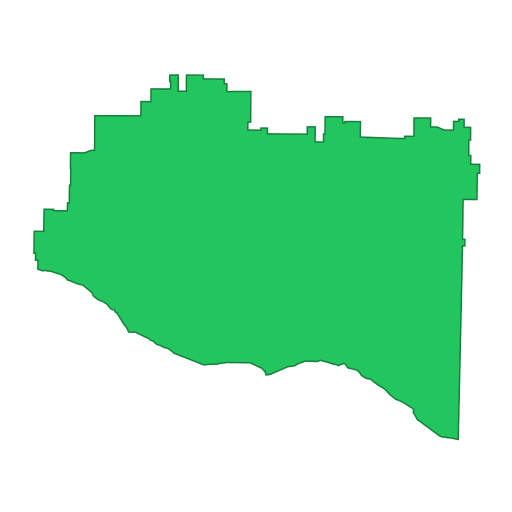 the district of Meekatharra, Western Australia, Australia, rotated 91°
{"feature_id": "25037944B5193502600366", "entity_name": "Meekatharra", "entity_type": "district", "adm_level": 2, "iso_a3": "AUS", "parent_name": "Australia", "parent_adm1": "Western Australia", "projection": "albers", "projection_center": [119.195, -25.303], "detail": "fine", "context": "isolated", "style": "filled", "palette": "green", "viewbox_px": 512, "rotation_deg": 91, "n_neighbors": 0, "source": "geoboundaries", "source_scale": "gbopen_adm2", "svg_char_len": 5793}
<svg xmlns="http://www.w3.org/2000/svg" viewBox="0 0 512 512"><g transform="rotate(91 256 256)"><path d="M115.1,89.6L115.2,100.4L119.2,100.4L124.1,100.3L132.0,100.2L133.6,100.2L133.7,109.3L135.9,109.2L135.9,111.6L136.0,115.1L135.9,120.1L135.4,145.4L135.3,153.8L119.8,153.9L120.0,169.5L121.3,169.5L121.3,171.6L115.3,171.6L115.4,182.4L115.5,189.3L132.8,189.1L132.8,190.6L140.9,190.5L140.9,198.9L125.9,199.1L126.0,207.0L133.3,206.9L133.7,246.7L127.9,246.8L128.0,253.3L128.4,253.3L130.1,253.3L130.2,266.4L122.3,266.5L122.2,263.7L119.3,263.7L117.3,263.8L114.8,263.8L111.9,263.8L109.4,263.8L106.4,263.9L104.5,263.9L102.5,263.9L100.0,264.0L96.1,264.0L93.6,264.0L91.6,264.0L91.8,276.8L91.9,280.1L91.9,281.9L92.2,288.0L90.2,288.1L88.2,288.1L86.3,288.1L84.3,288.2L84.3,290.8L82.0,290.8L79.6,290.8L79.7,294.1L79.7,294.9L79.7,295.0L79.8,300.8L79.8,302.4L79.8,302.8L79.8,304.7L79.8,305.0L79.9,311.7L76.1,311.8L76.3,328.7L77.4,328.7L77.8,328.7L78.3,328.7L92.5,328.5L92.6,336.7L83.3,336.8L76.4,336.9L76.6,345.4L80.0,345.4L83.0,345.3L83.0,344.4L87.7,344.3L90.5,344.3L90.8,363.9L98.6,363.8L103.5,363.7L103.5,368.5L103.6,373.7L110.1,373.7L111.0,373.6L117.9,373.6L118.1,393.0L118.3,403.0L118.4,410.3L118.5,417.2L118.5,419.6L124.7,419.6L132.4,419.5L137.3,419.4L146.1,419.3L148.0,419.3L153.2,419.3L153.2,420.7L153.2,421.6L153.2,422.1L153.3,422.8L153.7,423.9L154.1,425.0L154.4,425.8L155.1,427.2L155.4,428.2L155.9,428.2L156.0,443.2L156.4,443.2L157.9,443.2L158.5,443.2L167.7,443.1L170.5,443.1L171.6,443.1L171.6,442.7L177.1,442.7L178.2,442.7L180.0,442.7L188.4,442.6L188.4,443.7L206.2,443.6L206.2,445.4L214.1,445.4L214.2,452.8L214.2,459.1L212.9,459.1L212.9,468.7L217.8,468.7L225.7,468.7L230.7,468.7L235.1,468.6L235.1,478.1L237.9,478.2L239.5,478.2L241.7,478.2L244.4,478.2L246.5,478.1L247.0,478.1L247.4,478.1L256.3,478.1L257.1,478.1L257.1,476.4L264.0,476.4L263.9,473.9L273.0,473.9L274.5,469.0L274.1,465.9L274.8,463.6L274.5,462.2L275.3,459.4L276.6,455.1L278.0,450.4L279.7,448.0L281.6,445.1L283.0,444.5L284.0,441.8L285.1,438.7L286.1,436.1L287.4,432.4L287.6,430.8L288.1,428.4L289.5,426.8L290.7,425.3L291.2,424.7L293.0,422.5L294.5,420.6L295.2,419.7L297.2,418.7L298.8,417.9L300.9,415.2L302.6,412.8L303.3,411.0L304.2,408.2L305.5,406.2L306.8,404.2L309.2,402.1L311.6,399.9L312.2,398.4L312.3,396.8L313.5,396.1L314.2,396.1L315.3,394.1L317.7,392.6L321.7,390.0L324.2,388.4L325.8,387.4L327.6,386.2L328.8,384.8L330.2,384.0L330.8,383.7L331.5,383.1L333.0,382.7L334.3,381.7L334.3,375.3L334.6,374.0L335.2,373.4L335.9,372.0L336.6,370.3L338.0,367.2L339.2,364.5L340.6,361.5L341.7,360.4L342.1,359.7L342.6,358.1L343.3,356.7L344.5,355.7L345.1,355.1L345.5,354.4L346.0,353.8L346.3,353.1L347.2,349.6L348.0,348.7L349.4,344.9L349.4,344.1L350.0,342.6L351.6,339.8L352.9,338.3L354.7,336.1L356.8,330.4L358.0,327.2L359.3,323.6L360.7,319.9L361.9,316.7L363.3,313.0L364.5,309.8L365.9,306.0L365.6,304.4L365.3,302.9L364.8,295.5L364.9,295.2L364.8,293.7L364.8,292.4L364.7,291.9L364.1,291.3L363.5,287.2L363.5,286.2L363.3,285.6L363.4,284.6L362.8,283.6L363.0,280.9L362.9,270.5L362.9,261.6L362.8,260.0L363.9,257.7L364.2,257.0L364.2,256.9L364.3,256.7L366.0,253.0L367.2,250.4L368.1,248.3L369.8,246.6L370.6,246.1L370.8,245.2L371.2,244.7L372.1,244.9L372.7,244.6L373.6,244.1L374.2,244.1L374.7,243.9L374.7,242.8L374.3,240.6L374.1,240.3L373.8,239.8L374.0,239.1L373.5,238.3L372.0,235.2L370.8,232.5L370.0,230.7L368.2,226.8L367.1,224.5L366.1,222.3L365.8,219.8L365.2,215.9L364.9,215.3L364.9,215.2L364.7,214.8L364.6,214.7L364.5,214.4L363.5,213.2L362.4,210.5L360.8,206.3L360.2,205.3L360.3,196.2L360.4,195.7L360.4,193.0L360.1,191.8L359.1,190.1L360.2,186.0L360.2,185.4L361.1,182.2L361.9,179.2L362.5,177.8L363.4,173.1L364.0,172.1L364.2,171.6L363.2,170.0L363.0,168.7L362.6,167.5L361.6,166.4L362.8,164.6L364.3,163.6L366.1,162.4L366.3,161.8L367.2,157.8L368.1,154.0L368.1,153.5L368.3,152.9L368.8,152.6L369.7,151.4L370.7,150.4L371.0,150.0L372.5,149.3L373.0,148.7L373.5,148.6L375.0,146.1L376.5,143.6L377.2,139.2L377.6,138.6L378.2,137.9L379.5,136.5L381.7,133.3L382.8,131.7L384.2,129.7L384.9,127.9L385.5,126.9L387.6,124.1L389.9,122.0L390.8,121.0L392.0,120.1L394.0,117.4L396.3,114.4L396.7,114.1L398.0,110.5L399.4,107.0L401.1,104.2L402.6,101.8L403.8,99.8L405.2,97.4L406.7,95.7L407.2,95.4L408.4,96.0L409.7,96.0L410.2,95.6L411.8,94.7L413.8,93.5L417.1,91.6L417.3,90.8L417.8,90.2L419.4,87.9L421.8,84.6L423.4,82.3L425.9,78.8L429.9,73.2L432.7,69.3L433.6,67.0L434.1,61.9L434.4,61.5L434.3,61.1L434.6,57.9L434.5,57.6L435.3,53.9L435.9,50.6L432.5,50.6L429.5,50.6L427.5,50.6L424.5,50.6L421.5,50.6L418.6,50.6L417.1,50.5L414.1,50.5L411.1,50.5L407.6,50.5L404.7,50.5L403.2,50.5L400.2,50.4L397.2,50.4L393.2,50.4L391.3,50.4L389.3,50.4L386.3,50.4L383.3,50.4L380.3,50.3L377.4,50.3L374.4,50.3L370.9,50.3L367.9,50.3L364.9,50.3L362.0,50.2L360.5,50.2L357.5,50.2L354.5,50.2L351.5,50.2L348.6,50.2L345.6,50.2L342.6,50.1L339.1,50.1L336.2,50.1L333.2,50.1L329.2,50.1L326.2,50.1L323.2,50.0L319.3,50.0L315.3,50.0L313.8,50.0L310.3,50.0L308.4,50.0L305.9,49.9L303.9,49.9L301.4,49.9L297.4,49.9L294.9,49.9L292.0,49.9L289.5,49.9L287.1,49.9L284.6,49.9L282.1,49.9L279.7,49.9L277.2,49.8L274.7,49.8L271.8,49.8L267.4,49.8L262.4,49.8L258.5,49.8L254.6,49.8L250.6,49.8L246.7,49.7L244.7,49.7L242.3,49.7L242.3,47.4L238.6,47.4L235.7,47.4L235.7,49.7L233.2,49.8L230.7,49.8L228.3,49.8L225.8,49.8L223.4,49.8L220.9,49.8L218.5,49.8L216.0,49.8L213.5,49.8L211.1,49.8L208.6,49.9L206.2,49.9L203.7,49.9L200.7,49.9L198.3,49.9L195.8,49.9L195.7,36.1L187.8,36.1L175.9,36.2L169.5,36.2L169.4,33.8L165.7,33.9L160.5,33.9L160.5,42.9L151.7,43.0L151.7,45.1L149.2,45.1L136.3,45.2L136.3,43.5L128.3,43.6L123.7,43.7L123.7,50.2L115.7,50.3L115.7,55.6L117.9,55.6L118.0,60.8L126.7,60.7L126.8,70.1L124.5,75.5L123.9,76.9L123.9,79.7L123.9,80.4L123.9,81.5L123.9,83.7L120.5,83.7L116.5,83.7L115.0,83.8L115.1,89.6Z" fill="#22c55e" stroke="#15803d" stroke-width="1.5"/></g></svg>